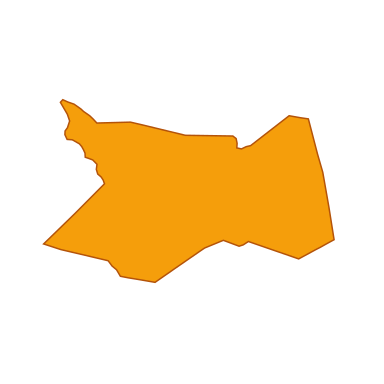 outline of Padre Marcos, Piauí, Brazil, rotated 104°
{"feature_id": "56859067B96741348812149", "entity_name": "Padre Marcos", "entity_type": "district", "adm_level": 2, "iso_a3": "BRA", "parent_name": "Brazil", "parent_adm1": "Piauí", "projection": "robinson", "projection_center": [-40.885, -7.38], "detail": "fine", "context": "isolated", "style": "filled", "palette": "amber", "viewbox_px": 384, "rotation_deg": 104, "n_neighbors": 0, "source": "geoboundaries", "source_scale": "gbopen_adm2", "svg_char_len": 1045}
<svg xmlns="http://www.w3.org/2000/svg" viewBox="0 0 384 384"><g transform="rotate(104 192 192)"><path d="M203.9,42.6L173.8,55.4L141.2,69.9L124.8,79.4L92.9,96.8L93.7,104.7L94.5,116.2L132.8,146.3L134.9,150.4L138.2,154.4L138.4,159.2L133.9,160.0L129.5,162.1L127.8,165.9L138.6,212.2L138.9,256.7L139.1,268.6L148.1,301.0L145.1,305.6L142.8,309.6L140.1,316.7L138.4,319.7L135.3,327.7L134.7,334.3L133.7,339.7L136.8,341.4L144.3,334.1L146.8,331.7L152.7,327.9L159.8,328.4L163.5,329.9L167.1,329.2L171.2,325.9L170.3,320.8L172.5,312.9L174.6,310.0L177.4,307.4L180.2,305.2L184.1,304.0L184.4,300.4L184.9,296.1L188.1,290.9L193.2,290.3L197.4,287.8L199.4,283.8L201.9,281.1L205.2,278.9L241.4,300.5L278.3,323.4L279.6,305.4L279.1,268.0L279.0,261.1L279.0,256.7L283.2,251.6L285.7,246.4L291.1,241.1L290.7,233.3L289.7,221.1L288.6,206.0L270.5,190.2L248.0,170.4L243.3,166.2L237.4,158.2L231.3,149.9L233.2,133.2L230.9,129.5L226.4,125.3L227.1,117.4L231.1,72.3L218.0,58.0L214.6,54.1L211.1,50.4L207.4,46.4L203.9,42.6Z" fill="#f59e0b" stroke="#b45309" stroke-width="1.5"/></g></svg>